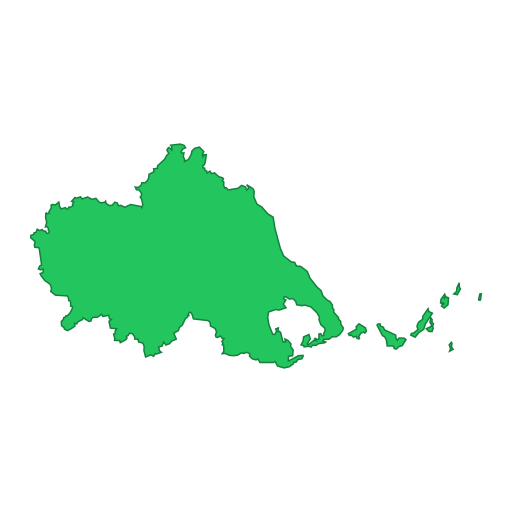 outline of Thessalias, Thessalia, Greece
{"feature_id": "26713481B23289270995723", "entity_name": "Thessalias", "entity_type": "district", "adm_level": 2, "iso_a3": "GRC", "parent_name": "Greece", "parent_adm1": "Thessalia", "projection": "orthographic", "projection_center": [22.955, 39.583], "detail": "fine", "context": "isolated", "style": "filled", "palette": "green", "viewbox_px": 512, "rotation_deg": 0, "n_neighbors": 0, "source": "geoboundaries", "source_scale": "gbopen_adm2", "svg_char_len": 6031}
<svg xmlns="http://www.w3.org/2000/svg" viewBox="0 0 512 512"><path d="M170.7,145.2L171.8,147.1L171.7,150.0L169.0,147.4L167.6,148.6L166.9,150.3L168.8,153.4L166.5,155.7L164.7,159.2L157.6,165.8L157.4,168.3L153.6,168.8L153.9,171.8L149.0,174.3L148.6,178.3L147.2,180.8L144.8,182.9L141.8,182.7L141.1,185.4L138.0,187.6L135.3,187.0L136.4,189.7L139.1,190.0L141.5,193.4L141.5,195.3L140.2,197.1L141.6,199.1L142.8,204.7L141.7,207.5L141.3,206.6L130.7,204.5L124.6,207.3L121.1,205.4L118.3,205.6L117.3,203.0L114.9,202.2L112.2,205.3L109.1,205.5L106.0,203.3L105.6,201.2L104.8,202.2L101.0,202.9L98.9,201.9L95.9,198.3L92.1,199.4L87.6,197.0L82.1,198.9L80.6,196.8L76.3,198.2L74.9,197.5L71.6,201.4L73.7,201.8L72.4,204.4L73.1,205.6L70.4,207.3L68.9,207.0L67.9,209.0L66.4,209.0L65.5,207.6L61.1,208.9L59.5,206.2L58.9,202.1L55.0,205.1L52.8,204.4L51.1,205.0L51.3,207.9L48.9,211.8L49.3,213.1L47.4,213.8L46.3,212.9L45.8,213.7L45.6,217.7L46.7,222.5L45.4,226.9L46.7,226.6L48.4,228.3L48.3,230.4L49.4,231.2L48.8,233.1L46.8,233.4L45.6,231.1L43.3,231.0L42.2,229.5L39.5,230.5L37.2,229.2L36.0,232.4L34.1,232.8L33.5,234.6L30.9,235.3L30.7,237.8L35.2,241.7L34.3,244.9L34.8,247.3L38.8,247.7L39.3,249.0L41.6,264.9L39.7,266.0L38.4,269.0L40.5,269.8L43.2,269.2L43.1,272.5L40.1,273.6L41.1,275.7L44.8,280.5L50.2,284.4L51.5,288.3L50.8,291.5L55.5,295.2L67.2,295.9L68.4,297.7L68.7,300.6L70.0,300.8L70.7,302.7L70.6,306.1L72.5,306.7L72.2,308.8L70.0,312.9L67.4,315.7L65.9,315.8L65.3,317.1L63.7,317.7L63.4,319.4L61.3,321.5L61.6,325.8L64.1,327.6L64.4,329.1L67.6,330.6L71.8,328.3L74.9,326.1L74.6,323.3L76.8,323.9L77.8,321.9L82.5,319.5L83.2,317.8L89.0,321.5L90.9,321.0L91.5,318.8L93.2,317.4L97.8,317.1L101.5,314.3L102.9,316.5L108.7,315.3L109.5,318.8L111.3,319.5L109.0,321.3L110.4,328.1L116.6,328.7L115.2,330.9L115.1,333.5L113.6,334.1L114.8,338.6L114.5,340.4L119.7,340.6L120.3,342.7L125.7,339.8L127.0,338.2L126.3,336.3L128.1,335.5L129.4,333.3L132.5,333.7L134.7,336.9L134.8,339.1L137.9,339.1L138.7,342.1L142.9,343.1L144.2,346.4L143.9,350.5L145.6,357.0L151.0,354.8L153.6,356.3L155.3,353.5L156.6,354.0L161.4,352.3L159.6,350.9L158.6,346.9L162.0,346.2L163.7,342.1L165.9,345.0L169.5,343.7L171.6,341.2L176.3,339.1L173.8,333.3L178.5,330.5L179.3,327.5L182.2,325.3L185.5,318.5L187.8,316.9L187.8,315.2L188.8,315.3L188.4,314.2L189.3,312.4L190.5,312.3L192.2,314.6L193.4,318.9L208.2,320.6L210.2,322.5L210.4,326.0L215.1,328.4L216.5,331.8L215.4,335.3L216.0,337.0L217.6,337.5L220.3,336.0L222.3,338.4L224.1,338.4L221.9,341.5L223.0,342.8L222.2,344.8L223.7,345.4L223.8,351.4L222.2,353.7L225.2,353.4L229.2,355.3L233.9,355.7L237.6,355.2L241.1,353.0L244.0,353.4L246.5,352.3L249.7,353.6L249.5,356.1L252.4,358.9L256.0,359.9L258.0,359.1L260.0,362.5L273.4,362.5L275.1,361.5L277.5,366.0L284.1,367.9L289.2,366.8L293.3,363.9L293.7,362.5L296.4,361.9L297.6,359.6L301.8,358.8L303.2,356.2L303.0,355.4L298.6,355.6L288.4,361.1L288.4,356.3L292.6,355.8L293.2,350.0L290.5,346.3L291.0,344.0L288.0,340.5L284.9,339.0L285.6,341.8L282.9,341.8L280.7,332.7L279.6,331.4L278.1,331.6L278.4,327.9L275.7,328.9L276.5,331.6L274.8,334.4L272.7,334.3L268.9,324.7L267.7,317.3L268.6,312.0L275.7,309.5L279.2,310.1L286.0,307.7L283.3,304.1L285.9,300.0L283.7,298.9L284.0,297.0L285.3,296.6L289.6,299.1L292.9,298.6L295.7,301.4L296.7,304.8L302.0,305.7L304.5,305.0L310.9,306.9L316.9,312.7L319.4,317.0L319.0,319.8L320.9,324.8L324.6,328.0L325.2,330.3L323.7,333.5L323.8,335.4L322.2,335.9L320.8,333.6L319.0,334.0L318.9,339.1L317.8,339.6L315.1,338.3L314.7,338.8L315.9,340.7L313.9,340.3L309.1,344.2L307.5,344.6L307.4,343.6L310.3,338.9L308.9,334.5L303.6,336.9L303.0,341.2L301.0,344.9L303.8,345.7L304.1,346.9L308.7,346.3L311.1,347.1L312.5,345.2L316.3,345.3L318.4,343.7L324.7,342.8L325.7,342.0L322.9,341.0L323.9,339.3L328.9,339.3L332.4,336.7L336.3,336.8L339.6,334.6L342.6,330.6L343.4,328.1L340.8,324.0L340.7,321.3L338.6,319.3L338.6,317.6L333.7,312.2L333.9,309.6L332.6,308.4L332.4,305.0L329.7,301.2L327.7,300.5L323.0,296.0L321.0,290.5L317.3,287.4L310.0,278.2L307.3,271.5L300.6,266.3L296.5,266.1L294.6,262.3L291.2,261.9L283.7,256.0L280.4,248.6L275.1,229.0L273.1,217.1L267.7,213.8L261.7,206.9L257.0,204.2L253.8,196.8L254.2,191.5L253.0,188.7L246.7,184.7L248.9,187.8L246.8,190.1L245.5,186.9L241.5,185.4L238.0,188.3L228.3,189.9L226.0,187.6L225.0,188.0L223.7,185.8L223.8,181.9L222.3,180.9L223.5,178.9L222.6,177.8L218.8,176.7L214.5,172.8L211.5,173.7L210.0,171.1L207.2,173.0L206.6,171.0L204.9,170.2L204.7,168.2L202.8,167.7L203.1,165.3L204.3,164.9L205.2,162.4L206.3,154.7L204.1,154.7L202.9,156.6L202.5,154.3L203.8,151.6L199.4,147.1L194.7,148.3L191.9,151.1L191.2,154.5L188.3,159.6L184.5,161.4L184.7,159.7L183.3,156.7L183.9,152.8L181.6,153.2L181.1,152.1L182.6,149.1L185.6,147.8L184.0,145.3L180.2,144.1L170.7,145.2ZM395.7,335.1L384.4,329.8L383.4,327.2L380.5,326.1L380.0,323.8L377.8,324.1L377.0,325.2L382.5,335.6L384.8,337.0L386.3,339.8L387.2,346.0L392.5,345.9L393.8,346.7L394.2,348.6L396.4,349.1L399.0,346.6L402.2,345.7L406.0,339.6L404.2,338.2L400.4,338.0L398.7,338.2L397.3,340.3L396.1,338.8L395.7,335.1ZM418.9,332.6L423.7,329.3L425.4,323.9L432.4,313.2L428.8,311.5L428.1,308.7L422.9,316.2L422.5,319.4L418.9,321.9L417.5,324.4L417.0,326.7L418.0,329.5L413.6,333.1L411.5,333.4L410.8,335.1L415.1,337.2L418.9,332.6ZM366.4,331.1L365.4,327.8L359.0,323.8L356.2,326.6L356.5,329.1L348.4,333.7L349.3,335.5L351.1,335.1L353.5,337.1L356.5,336.4L357.1,338.5L358.9,338.9L359.5,338.5L358.8,336.4L361.1,332.9L364.0,332.2L364.9,333.1L366.4,331.1ZM444.0,299.1L445.4,296.1L444.7,294.2L441.1,299.1L440.5,302.8L441.3,303.5L442.8,302.8L444.0,303.9L442.5,304.4L441.5,306.1L444.3,308.0L448.0,304.8L448.5,297.8L445.8,296.8L444.0,299.1ZM430.9,317.9L429.9,322.0L431.9,326.1L426.3,328.7L428.9,331.5L432.0,331.6L433.2,328.4L432.6,326.5L433.5,323.6L432.0,322.8L432.1,319.5L430.9,317.9ZM457.3,294.7L460.5,288.8L459.4,287.3L459.2,282.8L456.9,287.9L456.5,291.6L453.8,293.9L457.3,294.7ZM449.6,351.2L453.1,349.4L451.5,346.9L452.0,343.2L451.4,342.3L449.2,344.7L450.5,348.7L449.6,351.2ZM481.3,293.8L479.9,293.9L478.6,299.5L479.1,300.3L480.5,300.0L481.3,293.8Z" fill="#22c55e" stroke="#15803d" stroke-width="1.5"/></svg>